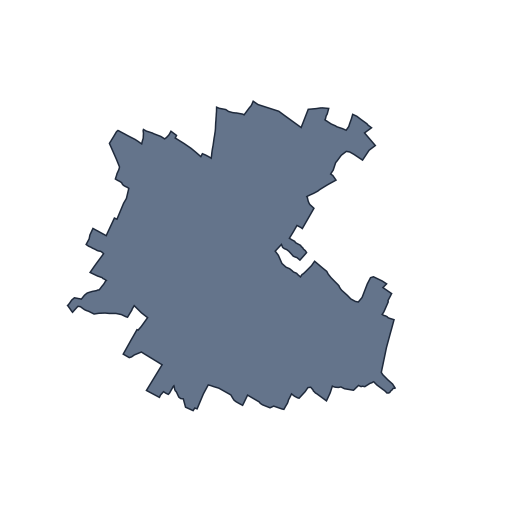 Maní, Yucatán, Mexico, rotated 111°
{"feature_id": "50627088B1882367012373", "entity_name": "Maní", "entity_type": "district", "adm_level": 2, "iso_a3": "MEX", "parent_name": "Mexico", "parent_adm1": "Yucatán", "projection": "orthographic", "projection_center": [-89.371, 20.39], "detail": "fine", "context": "isolated", "style": "filled", "palette": "slate", "viewbox_px": 512, "rotation_deg": 111, "n_neighbors": 0, "source": "geoboundaries", "source_scale": "gbopen_adm2", "svg_char_len": 5877}
<svg xmlns="http://www.w3.org/2000/svg" viewBox="0 0 512 512"><g transform="rotate(111 256 256)"><path d="M131.2,346.1L135.4,344.6L137.5,344.0L139.6,343.3L141.7,342.7L143.8,342.0L146.0,341.4L148.1,340.7L150.2,340.0L151.3,339.6L153.4,339.0L154.5,338.7L156.0,338.4L158.2,337.9L159.2,337.7L161.3,337.3L161.6,337.2L167.3,335.9L168.1,335.7L171.5,335.1L173.4,334.7L175.9,334.1L178.4,333.4L180.8,332.9L180.3,335.4L179.8,339.3L179.7,342.7L183.0,343.1L181.0,348.6L180.3,350.6L178.9,354.7L176.8,363.3L174.8,373.7L171.9,373.4L170.0,380.1L173.1,380.5L174.5,380.8L177.6,382.1L179.4,383.3L178.8,386.1L178.5,387.8L178.5,390.4L178.5,392.5L178.5,395.3L178.3,397.2L178.4,397.8L178.5,400.3L178.7,403.0L178.2,406.4L179.4,406.3L181.9,405.0L185.3,403.9L186.4,403.5L189.5,403.3L192.3,402.9L191.9,404.8L191.6,405.9L191.3,407.0L190.5,410.7L190.0,415.5L189.7,418.2L189.3,421.4L189.2,421.9L188.9,424.5L188.4,428.6L188.3,428.8L188.3,429.9L189.8,430.7L190.1,430.8L195.4,431.7L197.6,432.1L199.6,432.5L200.5,432.6L202.1,433.0L203.4,433.2L215.9,420.8L221.7,415.4L223.0,415.1L223.9,415.1L224.8,415.0L226.0,415.1L228.0,415.2L228.7,415.3L230.5,415.1L234.5,414.9L235.0,412.2L235.2,409.9L235.7,407.7L236.6,406.8L237.5,405.2L237.9,403.0L238.0,401.0L238.4,399.0L248.7,397.6L254.2,398.5L271.5,399.0L271.3,401.8L288.5,403.0L290.7,403.1L288.7,418.1L295.9,418.6L299.8,417.9L306.1,418.7L306.5,417.3L306.9,415.5L306.9,414.1L307.0,412.8L307.3,411.5L307.3,410.6L307.4,409.0L307.5,408.1L307.8,406.2L307.7,404.7L307.3,402.8L307.5,401.6L307.9,400.5L308.2,399.6L308.5,399.1L320.0,402.3L323.4,403.2L330.8,405.0L331.5,396.5L331.4,394.9L331.4,393.7L331.3,392.0L331.9,390.7L331.9,389.9L332.1,388.5L332.5,387.0L332.9,387.3L334.6,387.7L335.6,387.8L337.3,388.2L338.1,388.5L339.0,388.8L339.9,389.1L340.7,389.3L341.7,389.6L343.7,390.2L344.1,390.8L344.6,391.7L345.5,392.5L346.8,394.6L347.7,396.1L348.5,397.1L349.4,398.3L350.8,400.0L351.3,400.5L352.4,401.1L353.0,401.5L354.2,402.1L355.1,402.4L356.0,402.7L357.4,403.1L358.4,403.5L359.0,403.7L359.0,405.0L359.4,406.6L359.5,407.4L359.7,408.4L360.1,410.6L361.3,411.2L362.8,412.1L364.5,412.6L366.4,413.0L368.8,413.7L369.7,414.2L370.1,413.5L370.7,412.6L371.6,411.2L373.0,409.2L373.6,408.3L374.3,407.1L372.9,406.6L370.3,405.6L367.5,404.5L366.7,404.1L366.6,403.2L366.4,402.5L366.2,401.8L366.4,401.2L366.7,400.1L367.2,398.2L367.5,397.1L367.6,396.5L367.7,394.6L367.6,392.5L368.2,386.4L365.8,382.2L363.3,376.4L362.3,372.7L359.8,366.1L358.9,360.6L359.3,355.9L359.2,354.0L350.9,352.5L349.8,352.6L346.0,351.9L350.1,342.6L352.4,335.1L363.1,337.9L367.4,339.5L367.4,340.7L379.8,342.6L395.2,344.8L396.3,337.9L394.8,336.0L391.9,334.1L387.2,329.1L386.7,328.6L387.2,326.2L391.2,304.7L420.8,310.1L422.6,295.5L420.0,295.3L415.8,293.7L416.4,291.1L416.6,288.3L414.9,287.6L407.5,286.5L406.6,286.1L407.3,285.5L408.6,284.8L409.9,283.9L410.8,283.0L411.2,281.9L412.2,280.8L415.4,277.5L416.1,275.1L415.4,272.7L422.4,267.6L422.9,259.3L419.9,258.7L419.8,256.2L403.6,255.7L393.5,254.4L393.2,252.0L393.1,248.6L392.7,243.4L394.7,229.7L396.8,227.1L398.5,224.8L399.2,222.4L399.8,218.4L400.2,215.0L397.2,214.7L388.9,214.0L391.1,200.6L391.7,199.8L392.1,198.9L392.6,196.6L392.7,188.5L389.8,185.7L389.5,177.0L389.2,175.0L385.0,174.4L382.4,173.9L380.4,173.9L378.9,174.1L376.3,173.8L372.0,173.4L373.1,169.9L373.5,166.3L373.3,164.8L365.0,161.5L360.3,160.4L358.9,157.9L360.6,154.8L361.4,154.1L362.0,152.6L362.6,151.5L362.8,150.0L366.0,138.3L357.2,137.7L350.1,138.1L350.2,136.9L350.1,135.1L349.2,132.0L347.8,129.8L348.2,125.9L346.4,116.9L345.3,116.3L343.9,115.7L340.1,113.9L340.3,111.1L339.4,110.0L339.0,107.6L334.0,103.9L332.8,102.4L331.8,101.7L331.2,101.1L333.1,96.9L333.9,94.0L334.6,91.5L335.1,89.8L335.4,88.5L336.0,86.7L336.7,85.3L337.0,84.7L336.6,83.7L336.3,83.0L335.4,82.2L334.3,82.0L333.4,81.7L332.5,81.2L332.1,80.9L331.6,80.8L331.1,80.7L330.6,80.6L330.4,80.3L330.0,79.7L329.9,79.5L329.8,79.0L329.4,78.8L326.6,82.6L324.3,88.7L321.4,95.1L319.8,97.3L294.7,101.4L279.0,103.0L274.7,103.4L266.0,104.3L266.3,109.0L266.3,110.6L265.7,111.8L265.5,113.6L265.7,115.5L265.3,117.3L262.9,116.7L260.2,116.5L251.5,116.1L250.3,116.8L244.4,116.1L243.5,116.1L242.5,115.9L240.0,126.2L235.2,124.1L234.1,129.2L233.3,138.9L235.2,141.3L242.2,142.1L256.7,142.1L262.3,144.0L262.8,147.0L262.1,152.1L260.0,156.6L257.3,163.7L256.3,165.4L254.9,167.2L254.3,167.6L253.3,169.4L252.0,172.4L249.3,178.3L247.0,182.2L245.0,184.4L243.4,189.4L239.9,199.4L245.1,200.7L252.6,204.0L255.5,205.4L256.8,206.4L259.6,207.0L258.6,209.9L257.6,211.9L257.5,215.4L256.8,217.0L255.8,220.1L255.7,223.9L253.7,229.1L247.3,235.4L244.6,239.8L236.1,236.4L238.4,234.2L239.0,232.2L239.0,229.7L239.8,227.0L241.6,223.4L242.8,221.2L242.9,219.3L242.8,217.2L244.1,213.5L238.8,211.5L234.7,210.0L233.3,211.9L232.6,214.1L231.4,215.6L231.1,216.9L230.1,218.2L229.5,223.2L229.2,224.1L228.4,225.2L228.1,227.9L227.5,231.2L219.9,229.8L212.8,228.7L213.3,224.3L213.8,222.6L190.7,219.0L188.6,224.3L187.3,225.8L186.0,227.0L183.0,229.0L182.3,229.9L179.7,227.5L176.8,224.6L173.2,221.5L171.3,220.4L169.3,218.9L164.6,215.3L162.5,213.6L156.5,208.5L153.3,213.2L152.7,215.7L148.1,214.7L140.3,215.1L138.3,214.4L131.4,212.5L126.0,209.2L125.3,205.8L126.0,201.1L128.3,190.9L116.7,188.3L110.1,184.2L102.2,198.8L94.9,194.1L93.7,198.3L92.8,199.8L91.0,206.6L89.4,212.0L89.1,216.5L93.7,216.1L98.8,216.0L101.9,215.8L106.3,216.9L106.1,221.0L106.3,225.1L106.4,226.7L106.0,228.6L105.9,231.3L105.8,233.1L105.0,236.8L104.6,238.4L104.5,239.3L104.5,239.8L104.1,240.4L103.9,240.5L103.4,240.3L102.3,240.4L101.1,240.6L100.4,240.7L99.1,240.6L98.0,240.4L92.2,241.0L92.8,243.1L93.9,247.0L94.8,249.1L96.8,252.6L100.1,259.3L100.3,259.8L119.9,259.9L116.8,271.5L114.7,279.4L112.7,286.6L113.1,293.7L113.9,308.4L112.5,314.1L115.5,314.2L117.5,314.4L119.9,315.3L124.2,316.5L128.5,317.7L128.3,319.2L129.5,325.7L129.8,326.4L130.5,329.2L130.9,333.5L130.1,336.7L131.3,343.3L131.2,346.1Z" fill="#64748b" stroke="#1e293b" stroke-width="1.5"/></g></svg>